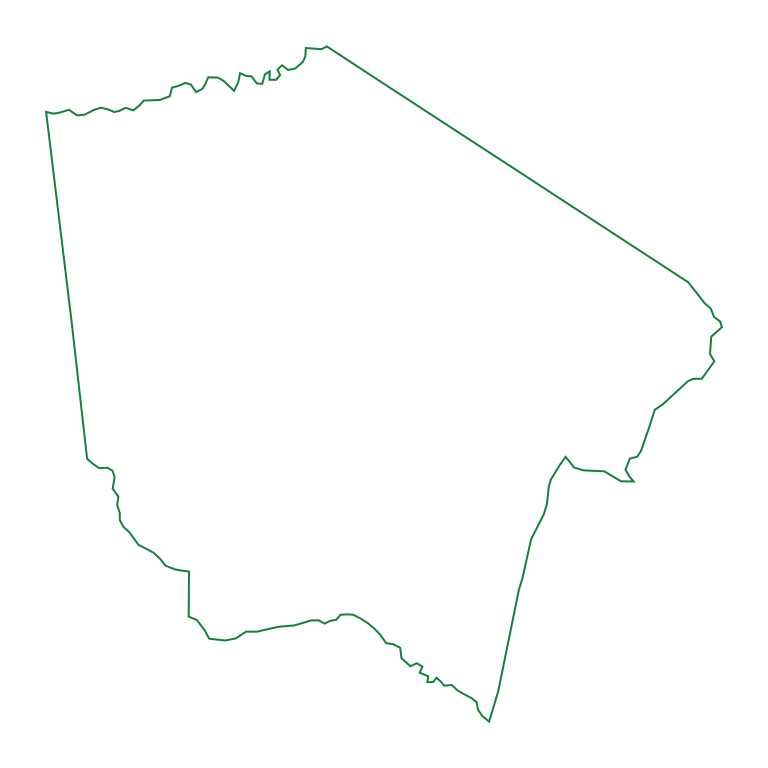 São Domingos do Azeitão, Maranhão, Brazil (Natural Earth projection)
{"feature_id": "56859067B85807421468781", "entity_name": "São Domingos do Azeitão", "entity_type": "district", "adm_level": 2, "iso_a3": "BRA", "parent_name": "Brazil", "parent_adm1": "Maranhão", "projection": "natural_earth1", "projection_center": [-44.617, -6.848], "detail": "fine", "context": "isolated", "style": "outline", "palette": "green", "viewbox_px": 768, "rotation_deg": 0, "n_neighbors": 0, "source": "geoboundaries", "source_scale": "gbopen_adm2", "svg_char_len": 1977}
<svg xmlns="http://www.w3.org/2000/svg" viewBox="0 0 768 768"><path d="M714.3,361.3L710.0,354.0L711.3,336.6L721.9,327.2L720.0,321.3L714.1,317.1L710.8,308.6L704.6,303.2L696.9,293.2L688.1,282.2L644.7,253.9L553.7,194.5L540.3,185.7L380.7,81.7L326.8,46.4L321.6,49.2L314.1,48.6L305.8,48.0L305.4,56.1L302.9,61.9L295.3,68.5L288.2,70.0L282.0,65.3L277.5,69.6L280.1,75.0L276.1,79.8L269.5,79.8L269.7,71.4L265.0,74.2L262.2,83.9L256.7,83.3L251.6,76.4L246.4,76.0L240.1,73.2L238.2,82.3L234.1,90.8L228.7,85.8L224.3,81.4L218.1,77.6L208.3,77.3L205.3,83.9L202.4,88.9L196.1,92.1L190.9,84.6L185.4,82.9L178.6,85.8L172.0,87.7L169.8,96.2L159.7,100.0L143.6,100.6L139.9,105.0L133.3,110.4L125.7,107.8L119.1,111.0L114.1,112.0L109.2,109.8L101.0,107.6L94.2,109.8L84.6,114.7L77.1,115.4L69.0,109.8L58.6,112.9L53.2,113.6L46.1,111.9L71.7,322.5L87.1,458.7L93.1,464.0L99.1,468.1L107.7,467.8L112.4,470.6L114.6,476.7L112.7,488.7L118.4,496.8L117.1,504.8L119.8,513.1L119.8,519.9L123.3,526.8L128.8,531.6L138.4,544.7L153.5,552.7L159.9,558.6L165.4,565.6L175.0,569.4L181.7,570.6L189.0,571.6L188.7,616.7L196.9,620.0L205.0,630.8L209.2,638.7L225.2,640.5L235.7,638.4L246.1,631.7L257.2,631.7L263.2,630.2L278.4,626.8L294.5,625.4L311.3,620.4L319.0,620.4L324.6,623.6L329.7,621.0L336.1,619.8L340.7,614.7L347.7,614.4L353.1,614.7L360.5,618.5L367.9,623.2L374.1,628.4L380.4,634.9L386.1,643.1L392.8,644.1L400.2,647.8L401.5,658.2L410.4,666.2L416.8,663.2L422.4,666.7L419.7,672.7L428.2,676.3L427.4,682.2L433.3,681.9L436.6,677.7L440.6,681.5L444.2,685.7L451.8,685.0L457.7,690.6L462.9,693.6L471.4,698.0L476.8,702.4L477.9,709.5L482.2,715.9L489.1,721.6L498.2,691.4L518.8,590.2L522.7,577.3L531.1,539.3L543.9,514.1L546.9,504.1L548.8,486.7L550.7,479.9L560.2,464.4L565.6,456.8L574.1,467.5L583.8,470.4L604.2,471.3L621.0,481.3L633.6,481.5L629.3,476.4L625.5,469.7L629.8,458.6L637.1,456.8L641.1,450.7L648.9,428.1L654.8,409.8L662.7,404.4L687.9,381.2L693.1,378.9L701.8,378.7L705.6,373.5L714.3,361.3Z" fill="none" stroke="#15803d" stroke-width="2"/></svg>